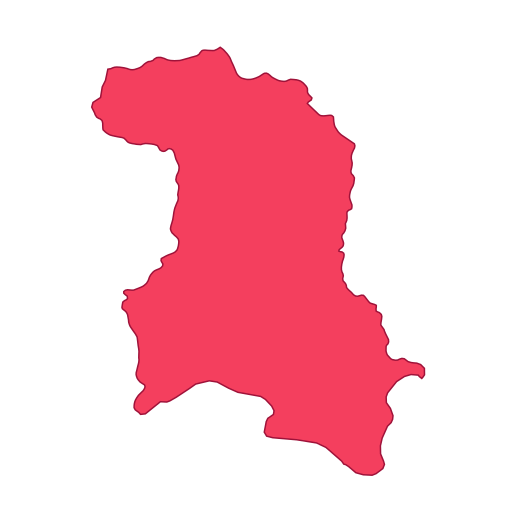 Chuarrancho, Guatemala, rotated 278°
{"feature_id": "79465075B45501962231680", "entity_name": "Chuarrancho", "entity_type": "district", "adm_level": 2, "iso_a3": "GTM", "parent_name": "Guatemala", "parent_adm1": "", "projection": "robinson", "projection_center": [-90.462, 14.853], "detail": "fine", "context": "isolated", "style": "filled", "palette": "rose", "viewbox_px": 512, "rotation_deg": 278, "n_neighbors": 0, "source": "geoboundaries", "source_scale": "gbopen_adm2", "svg_char_len": 6105}
<svg xmlns="http://www.w3.org/2000/svg" viewBox="0 0 512 512"><g transform="rotate(278 256 256)"><path d="M197.1,395.1L199.6,393.6L201.0,393.0L203.0,391.1L204.0,390.1L205.1,389.2L207.1,389.0L211.0,389.1L213.7,389.0L215.6,388.2L217.1,386.1L217.6,384.1L218.1,382.7L220.2,382.2L222.2,382.2L223.9,382.0L224.5,380.2L225.2,375.7L226.3,374.1L228.5,371.8L230.8,369.5L232.0,367.9L231.9,365.9L230.3,362.3L230.2,360.2L231.0,358.3L231.8,357.2L233.2,355.6L235.0,352.9L236.3,351.2L237.5,350.0L239.5,349.5L240.7,348.8L241.8,347.8L243.5,345.7L245.5,345.0L247.2,345.1L248.5,345.2L250.3,344.6L252.3,343.3L254.3,342.5L256.9,342.1L260.0,342.1L263.2,342.4L264.4,342.7L267.0,343.1L268.4,343.1L269.7,343.0L271.0,342.4L272.0,340.6L272.0,339.0L272.4,337.3L273.9,337.5L276.6,340.0L278.2,340.9L279.7,341.0L281.0,340.9L282.9,340.1L286.0,338.4L288.1,338.2L289.7,338.7L290.9,339.6L293.3,340.6L296.0,341.0L297.9,340.6L300.6,340.0L302.2,340.5L303.8,340.9L306.2,340.9L308.7,340.5L310.6,340.1L312.2,340.0L314.1,341.2L315.0,342.8L316.1,344.1L317.9,344.2L319.9,343.9L325.3,341.1L327.2,340.4L329.6,340.2L332.6,340.4L334.0,340.6L335.5,341.0L339.1,342.3L341.5,342.7L345.2,342.7L347.0,342.6L349.0,341.2L350.7,339.1L352.1,338.4L353.5,338.1L354.9,338.2L356.9,338.4L359.2,338.5L361.5,338.3L363.5,337.6L365.7,336.8L367.3,336.6L368.9,336.5L371.1,336.8L374.4,337.7L376.6,338.5L378.9,338.6L380.8,337.8L387.7,323.8L388.6,322.4L390.1,320.4L391.4,319.2L394.2,316.8L395.3,316.0L397.1,315.2L398.7,314.7L400.3,314.2L402.3,313.8L404.5,313.3L405.7,311.4L405.7,309.8L405.2,307.7L404.8,306.2L404.2,303.7L404.0,301.6L404.1,300.1L404.8,298.5L414.1,285.6L415.7,286.3L418.2,289.0L420.3,289.4L421.4,288.1L423.1,285.8L424.4,284.7L425.6,284.1L427.4,283.9L429.2,283.5L431.0,282.2L433.0,279.8L434.0,278.5L434.9,276.8L435.5,275.5L435.9,273.5L436.1,271.6L436.0,268.8L435.8,265.7L434.9,263.9L433.4,261.6L432.8,259.5L432.7,257.1L432.8,254.7L433.1,253.1L434.0,250.3L435.1,247.4L435.9,246.0L436.7,244.9L438.1,242.5L438.5,240.8L438.1,238.9L437.3,237.8L434.5,234.6L433.7,233.5L432.2,231.0L431.3,229.2L430.7,227.8L430.2,226.3L429.8,224.1L429.6,222.4L429.7,220.4L430.1,217.1L430.7,215.6L431.7,213.9L433.0,212.4L434.4,211.2L438.5,208.8L441.4,207.1L443.1,206.0L444.9,204.8L446.1,204.1L448.2,202.9L449.5,201.9L451.1,200.4L452.3,199.2L454.3,196.8L455.4,195.5L456.3,194.1L457.7,191.5L455.5,189.0L454.6,187.6L453.7,186.1L453.4,184.6L452.9,179.4L452.8,177.0L452.4,175.0L451.7,173.8L449.3,172.2L448.0,171.7L446.2,169.8L444.7,166.5L443.8,164.3L442.6,161.8L441.8,159.9L440.0,155.8L439.0,153.3L438.0,148.1L437.7,144.4L437.8,142.1L438.0,140.6L438.9,137.5L439.1,136.0L439.4,134.2L439.0,131.4L438.6,130.0L436.8,127.8L435.5,127.0L434.1,124.6L433.5,122.3L432.5,120.9L431.5,119.7L430.5,118.7L428.1,116.8L426.5,115.0L425.3,112.9L423.8,109.8L423.3,108.0L423.1,106.1L423.3,104.2L423.7,102.3L424.0,99.0L424.0,94.9L423.7,91.6L423.2,89.6L422.4,87.9L421.3,86.2L420.4,83.3L408.9,82.5L402.0,80.2L391.3,80.0L385.4,73.2L380.6,72.6L378.9,73.7L375.3,76.2L373.5,77.1L371.4,78.9L370.4,81.0L370.1,82.5L368.8,84.6L367.3,85.3L365.8,85.8L364.2,86.0L362.8,86.3L361.5,86.5L359.7,87.0L357.8,89.6L356.9,91.2L356.0,93.3L355.5,94.8L355.2,97.1L355.0,99.6L354.8,102.9L354.7,107.0L354.3,108.9L352.8,111.0L351.8,112.1L350.9,113.4L350.4,114.9L350.1,117.7L350.1,119.7L350.0,122.2L350.3,126.4L351.2,128.2L352.0,130.7L352.2,132.5L352.3,134.5L352.4,136.7L352.3,139.7L351.6,143.1L349.7,144.6L347.7,146.1L346.9,147.9L346.7,149.5L347.1,151.1L348.6,152.9L349.7,153.8L350.3,155.2L350.1,157.1L349.2,158.9L346.7,160.7L344.1,161.8L342.4,162.5L340.8,163.2L335.3,166.8L333.2,167.5L331.9,167.6L329.5,167.6L327.3,167.1L326.0,166.6L323.9,166.1L322.0,166.1L320.7,166.0L318.9,166.6L317.4,167.9L316.3,168.9L315.0,169.7L312.6,170.1L310.6,170.1L308.2,170.0L305.7,170.0L303.8,170.7L302.4,171.0L301.0,171.0L299.6,170.9L298.1,170.4L296.6,170.0L292.4,169.0L290.8,168.8L288.1,168.6L284.0,168.6L280.3,168.5L277.9,168.2L274.0,167.6L272.3,167.5L270.9,167.5L269.0,168.4L267.2,169.7L266.3,171.0L265.2,172.4L263.9,174.5L262.2,176.5L260.0,177.5L258.0,177.7L255.2,177.7L252.2,177.3L250.7,176.8L248.7,175.3L247.5,173.8L246.2,171.5L244.9,169.1L243.5,166.9L240.3,162.6L238.2,162.6L237.0,163.4L235.1,164.9L233.2,164.9L231.3,163.7L230.1,162.3L229.1,160.6L228.1,158.9L227.1,157.5L225.8,156.3L223.8,155.0L222.4,154.2L220.2,153.4L218.2,153.0L216.4,152.6L213.7,151.4L211.5,149.5L210.5,148.5L209.3,146.8L207.6,143.9L205.2,139.6L204.9,138.0L204.7,133.5L203.9,131.4L202.4,130.0L200.8,130.2L199.6,131.8L198.3,134.1L196.1,134.7L194.8,133.9L193.4,131.9L191.8,130.5L189.1,130.4L186.5,130.4L185.2,131.0L184.3,132.4L183.4,134.0L182.3,135.4L181.1,136.3L180.0,137.0L177.6,137.8L174.8,138.7L172.9,139.1L171.5,139.7L170.1,140.4L168.7,141.3L167.0,142.8L164.5,145.1L162.3,147.2L159.5,149.4L158.1,149.9L155.5,150.6L150.9,151.8L147.7,152.8L145.3,153.4L142.3,153.7L138.9,154.1L136.9,154.6L134.7,154.7L133.1,154.6L130.6,154.3L126.3,153.9L123.8,153.6L121.9,153.8L120.5,154.3L118.4,155.4L117.1,156.5L115.2,158.6L114.2,160.6L112.8,163.6L111.2,164.3L109.9,164.2L108.1,163.6L106.6,162.8L105.4,161.8L101.7,159.0L98.9,157.6L96.6,156.7L94.9,156.3L93.1,156.1L91.3,156.1L88.8,156.4L86.9,157.8L86.1,159.2L84.8,161.7L83.1,163.7L84.3,168.4L98.4,181.6L99.0,188.0L100.5,190.8L105.0,196.6L115.6,208.6L120.8,214.1L125.9,227.1L125.8,235.1L121.3,247.3L118.5,257.0L117.6,280.2L115.3,285.3L109.6,292.4L105.3,295.4L101.5,295.3L96.9,290.3L93.5,289.2L82.7,288.7L79.1,291.6L78.4,297.8L79.7,322.0L79.3,342.0L76.2,351.9L64.8,369.4L62.1,371.9L61.9,373.8L60.4,377.0L55.3,385.0L54.3,392.7L55.1,401.5L57.2,405.2L63.2,411.2L67.5,412.2L70.7,410.8L77.4,406.9L85.4,405.6L93.3,406.3L105.8,409.9L109.8,413.0L113.3,414.0L116.9,413.9L123.8,410.3L128.9,405.5L134.6,404.5L138.9,405.4L151.2,412.7L157.4,419.8L160.2,426.0L160.6,433.2L159.3,434.6L157.8,437.2L159.5,438.3L161.8,439.4L168.2,438.4L171.4,434.2L172.3,430.1L172.1,427.0L172.1,424.3L172.6,421.2L173.7,419.3L174.9,417.1L174.9,414.7L173.9,412.6L172.6,410.6L172.2,408.5L172.4,405.2L173.1,403.6L176.2,399.9L177.6,399.0L179.9,398.0L181.3,397.8L184.6,397.4L185.9,397.8L187.4,398.9L189.4,399.3L191.7,398.8L197.1,395.1Z" fill="#f43f5e" stroke="#9f1239" stroke-width="1.5"/></g></svg>